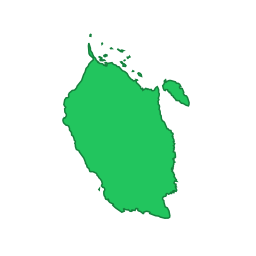 outline of Pulau Morotai, Maluku Utara, Indonesia, rotated 133°
{"feature_id": "22746128B67952855762127", "entity_name": "Pulau Morotai", "entity_type": "district", "adm_level": 2, "iso_a3": "IDN", "parent_name": "Indonesia", "parent_adm1": "Maluku Utara", "projection": "robinson", "projection_center": [128.365, 2.304], "detail": "fine", "context": "isolated", "style": "filled", "palette": "green", "viewbox_px": 256, "rotation_deg": 133, "n_neighbors": 0, "source": "geoboundaries", "source_scale": "gbopen_adm2", "svg_char_len": 5788}
<svg xmlns="http://www.w3.org/2000/svg" viewBox="0 0 256 256"><g transform="rotate(133 128 128)"><path d="M171.5,45.5L171.1,43.6L168.9,39.6L166.4,37.1L164.9,36.7L163.6,37.6L160.8,41.4L159.6,44.7L160.3,47.1L157.7,51.2L156.7,52.2L156.6,54.0L155.5,55.0L154.0,55.2L152.1,53.9L151.0,54.2L150.7,54.9L149.8,55.1L149.2,54.7L148.7,53.1L146.9,52.5L146.2,51.5L145.8,51.7L146.0,52.7L145.6,52.7L144.0,50.3L143.5,50.6L143.8,51.1L143.7,52.1L143.1,52.2L142.0,51.3L142.1,50.5L141.5,49.6L140.2,50.0L138.9,52.9L138.1,52.5L138.0,53.7L137.1,53.9L136.9,54.7L136.5,54.7L137.0,55.9L137.0,56.6L136.5,57.1L134.9,57.6L133.7,56.0L133.6,56.9L132.8,57.4L132.9,58.1L132.1,60.4L132.3,61.1L130.6,62.1L130.3,62.9L130.4,63.5L129.7,64.2L129.8,65.2L129.3,65.8L129.6,66.3L128.2,66.9L128.7,67.1L128.5,68.0L127.6,68.6L126.8,67.7L126.4,67.8L126.3,68.5L125.2,68.6L124.7,69.3L123.5,69.7L122.3,70.8L121.0,70.5L121.2,71.6L120.1,72.4L120.4,73.2L120.0,74.1L119.6,74.0L119.3,73.4L118.5,73.8L117.4,73.3L116.7,73.5L116.5,74.3L115.6,74.7L113.8,77.1L114.3,78.3L114.6,78.0L114.9,78.0L114.6,78.1L114.6,78.7L112.1,79.8L112.3,80.1L111.8,80.8L110.8,80.7L110.2,81.5L110.0,82.7L109.3,82.5L107.6,83.2L107.8,83.9L107.2,85.0L106.7,85.1L106.9,85.4L106.2,85.4L105.2,86.7L104.6,88.6L104.1,88.9L104.0,89.5L103.7,89.3L103.4,90.2L101.6,90.9L101.3,91.9L101.9,93.1L100.8,94.4L100.6,95.0L101.5,96.2L101.3,98.1L101.9,98.9L99.1,105.0L98.9,106.6L99.4,107.5L98.5,109.8L96.4,112.2L96.1,113.6L94.1,115.7L93.3,117.0L93.3,117.8L90.7,119.7L90.0,120.8L90.1,121.9L88.6,123.3L88.3,124.1L86.1,124.8L85.7,126.1L83.1,127.3L81.6,128.5L81.2,129.8L79.2,131.6L78.2,133.6L77.8,134.8L79.0,135.1L80.7,135.1L82.3,134.4L83.8,135.2L84.4,136.3L83.9,137.2L85.3,138.5L85.8,140.2L86.5,140.2L86.8,142.0L89.4,142.5L89.3,143.1L90.2,143.1L89.3,144.3L90.1,144.4L90.3,145.7L89.4,146.7L89.0,150.3L89.2,151.8L88.8,153.2L87.9,154.4L88.5,155.3L89.9,156.1L89.8,157.8L90.2,158.6L89.9,162.8L88.8,165.7L88.8,167.0L89.0,169.0L89.9,171.1L89.4,176.3L90.5,177.9L90.2,179.7L91.4,182.0L91.1,184.3L95.1,187.3L96.3,186.2L97.2,185.9L98.7,188.6L98.4,189.4L98.5,190.6L100.1,192.8L100.0,194.0L100.2,193.9L100.6,194.8L99.9,195.6L100.0,196.1L99.6,196.0L100.0,196.1L100.2,197.2L99.2,199.4L99.2,201.6L98.2,204.3L97.6,205.0L97.0,207.8L96.4,208.8L95.2,210.0L92.6,214.6L95.0,212.9L100.4,207.0L100.3,206.3L100.8,205.5L100.6,201.2L102.0,199.8L104.4,200.2L107.8,200.2L110.1,199.2L113.0,199.3L116.5,197.5L119.3,196.8L124.9,194.3L131.9,193.8L133.8,193.0L136.7,192.9L138.6,194.4L142.5,194.8L144.4,194.1L145.0,193.1L145.8,192.6L146.8,192.7L148.1,193.9L150.6,193.5L154.6,190.9L155.2,189.3L155.2,187.9L155.8,187.5L157.1,187.5L159.4,185.0L160.0,182.6L160.7,181.8L161.6,181.2L163.7,181.0L163.9,181.4L164.1,181.1L164.8,181.6L165.6,181.6L166.8,180.8L167.7,179.5L168.2,178.1L168.2,175.3L167.3,173.9L167.1,172.7L168.1,170.6L169.3,169.5L169.9,166.2L171.6,164.4L171.4,162.5L172.7,160.0L173.5,159.1L173.6,157.5L174.2,156.9L175.5,156.5L175.8,155.5L177.5,153.7L178.4,152.1L178.9,151.0L178.4,149.9L178.2,147.6L178.7,147.1L180.1,139.8L182.2,135.5L182.7,135.2L183.4,132.4L183.8,132.3L184.5,131.0L184.3,128.9L185.7,126.5L185.7,125.9L183.8,123.8L182.8,120.5L183.0,119.1L183.7,118.4L183.6,116.9L184.2,115.2L184.2,113.4L184.8,111.0L186.5,108.5L187.8,108.4L188.4,107.8L188.6,106.3L188.4,106.3L188.0,104.7L188.5,103.4L189.2,102.7L191.0,102.3L192.7,100.7L193.8,99.2L193.9,97.7L194.7,97.0L195.2,95.8L194.9,94.9L194.2,94.4L194.3,93.9L194.0,94.2L193.5,93.8L194.7,91.6L194.8,90.5L193.7,87.0L194.0,86.4L194.8,86.5L194.9,86.0L194.9,82.7L193.8,75.1L191.4,74.0L190.3,76.0L189.7,75.9L189.5,74.4L188.1,72.3L187.5,72.1L187.5,69.8L186.8,68.8L185.7,68.4L185.6,69.1L185.2,69.2L183.5,66.6L181.6,67.3L181.0,66.4L180.7,66.5L180.5,65.7L181.4,64.8L181.5,64.0L180.6,62.0L180.3,58.6L179.9,58.3L178.7,59.0L176.4,57.8L175.5,56.5L174.7,54.7L174.9,54.1L175.7,53.8L173.4,48.1L171.5,45.5ZM74.5,111.3L74.0,110.1L73.0,109.1L73.5,107.4L73.4,105.8L72.4,104.3L71.7,101.0L70.6,98.9L69.3,99.4L67.8,100.6L65.2,105.2L64.7,107.1L65.6,108.9L65.3,110.3L64.7,111.3L63.9,111.5L62.2,115.2L62.4,116.0L63.6,116.7L63.5,117.6L62.7,118.4L61.6,117.8L60.8,120.1L61.1,121.8L62.2,123.1L61.9,124.8L64.2,129.3L65.2,130.3L67.1,131.2L68.7,131.4L69.3,132.4L71.9,131.5L73.4,131.5L75.0,129.1L75.7,127.3L75.2,126.3L74.2,126.6L73.0,125.2L73.7,124.1L73.7,122.8L73.3,122.2L73.9,121.9L73.4,120.4L74.3,118.5L73.9,116.5L74.4,115.8L74.4,113.9L75.0,111.5L74.5,111.3ZM81.3,158.0L82.0,155.7L81.0,153.3L79.9,154.8L79.8,156.4L80.3,157.8L81.3,158.0ZM84.7,171.8L83.8,172.0L83.6,173.0L83.7,174.8L84.4,175.5L86.2,173.8L84.7,171.8ZM75.2,184.5L74.5,184.1L75.2,185.7L76.5,186.2L77.0,187.4L77.0,188.7L77.6,189.7L77.0,185.2L76.1,184.0L75.2,184.5ZM90.5,193.6L89.8,192.6L89.0,193.0L89.5,194.4L90.1,194.6L90.7,194.0L91.0,195.0L91.6,195.0L91.9,194.4L91.6,193.5L91.1,193.2L90.5,193.6ZM94.9,194.6L94.6,194.8L94.7,195.5L95.2,197.4L95.8,197.6L95.9,197.0L95.6,195.6L94.9,194.6ZM68.6,133.6L69.3,133.1L68.8,132.4L67.5,132.8L67.1,133.4L68.6,133.6ZM85.7,219.3L86.8,218.5L86.3,217.7L84.9,218.8L85.1,219.3L85.7,219.3ZM97.6,194.3L96.6,193.1L96.1,193.9L96.4,194.6L97.1,195.0L97.6,194.3ZM84.7,178.4L84.9,176.8L84.7,176.0L83.9,176.7L83.8,177.3L84.0,178.0L84.7,178.4ZM77.8,175.6L75.6,175.6L75.6,175.9L76.8,176.8L77.3,175.7L77.8,175.6ZM95.9,192.3L94.4,191.2L94.4,191.8L95.3,192.8L95.9,192.3ZM81.7,195.1L81.8,194.8L80.8,193.8L80.8,194.8L81.7,195.1ZM95.8,188.5L95.0,188.5L95.2,189.0L96.0,189.2L95.8,188.5ZM83.5,163.3L82.8,162.6L82.6,162.6L82.8,163.5L83.5,163.3ZM84.5,204.1L83.8,204.1L83.6,204.8L84.0,204.8L84.5,204.1ZM81.9,176.9L80.7,176.4L80.0,176.1L80.8,176.9L81.9,176.9ZM87.2,154.0L86.6,153.7L86.5,154.1L87.0,154.9L87.2,154.0ZM192.0,107.5L192.9,107.4L192.9,106.8L192.0,107.5ZM97.4,188.0L97.7,187.9L97.7,187.1L97.1,187.5L97.4,188.0ZM75.1,175.4L74.9,175.0L74.7,175.0L74.6,175.7L75.1,175.4Z" fill="#22c55e" stroke="#15803d" stroke-width="1.5"/></g></svg>